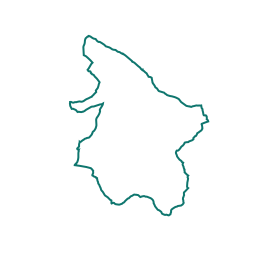 Bazna, Sibiu, Romania, rotated 313°
{"feature_id": "2599482B54084390752294", "entity_name": "Bazna", "entity_type": "district", "adm_level": 2, "iso_a3": "ROU", "parent_name": "Romania", "parent_adm1": "Sibiu", "projection": "robinson", "projection_center": [24.243, 46.214], "detail": "fine", "context": "isolated", "style": "outline", "palette": "teal", "viewbox_px": 256, "rotation_deg": 313, "n_neighbors": 0, "source": "geoboundaries", "source_scale": "gbopen_adm2", "svg_char_len": 5757}
<svg xmlns="http://www.w3.org/2000/svg" viewBox="0 0 256 256"><g transform="rotate(313 128 128)"><path d="M110.9,219.9L111.3,219.7L111.7,218.9L112.6,218.0L113.2,217.2L113.4,216.7L114.4,215.9L115.4,215.6L115.7,215.4L116.6,215.0L117.2,214.8L117.7,214.1L118.7,213.1L119.1,212.9L119.6,212.9L120.3,213.0L125.1,213.0L125.0,212.2L125.1,211.7L125.4,211.2L126.7,210.1L128.7,208.5L129.9,207.8L131.9,206.5L132.2,206.1L132.5,205.3L133.0,204.9L133.6,204.6L134.3,204.5L134.1,203.3L134.2,199.6L135.1,198.9L135.7,197.8L135.9,197.6L136.2,197.6L136.6,196.5L137.0,195.7L137.6,195.0L138.2,193.4L138.6,192.8L139.2,192.4L140.3,192.0L139.9,190.5L140.3,189.6L140.0,187.3L140.4,184.7L140.7,183.3L141.4,182.2L142.2,180.4L142.7,179.8L143.9,179.2L144.8,179.1L145.4,179.9L145.8,180.0L146.7,180.2L148.5,180.1L150.4,179.8L151.0,179.8L152.7,180.1L154.0,180.0L154.7,179.9L155.8,179.5L156.1,179.5L157.4,180.4L158.8,181.7L159.3,181.8L159.9,181.8L162.6,183.2L163.9,183.5L164.5,183.5L165.0,182.8L165.5,182.6L166.8,182.7L167.7,182.6L168.6,183.1L170.0,182.8L171.6,182.2L172.9,182.7L173.5,182.7L176.4,183.3L177.5,183.0L178.2,182.9L178.6,182.3L179.0,182.1L180.4,180.3L181.0,179.2L181.3,179.1L184.3,180.5L187.5,182.2L188.0,181.4L188.2,180.6L188.1,179.6L188.5,179.4L190.1,177.7L190.1,177.2L190.4,176.7L190.2,176.1L189.4,175.4L189.0,174.7L189.5,173.7L190.6,172.3L191.8,170.4L192.6,169.6L192.8,168.4L192.9,168.1L194.4,166.2L194.1,166.0L192.9,164.6L192.1,163.9L191.1,162.6L188.9,161.2L188.0,160.5L186.6,159.9L185.9,158.7L185.9,158.4L185.5,158.1L185.2,157.6L184.0,155.6L183.2,149.2L183.8,145.5L183.6,144.5L183.0,142.5L182.4,141.0L181.1,138.5L180.1,137.0L179.2,135.2L178.7,134.0L178.7,133.6L178.7,133.1L178.4,131.6L178.5,130.4L176.1,125.5L176.1,124.7L176.7,122.2L176.4,120.2L176.6,119.9L176.9,119.2L177.4,117.3L177.6,116.0L177.7,115.9L177.8,115.3L178.0,115.1L178.0,114.9L178.7,114.0L180.9,111.0L180.5,109.6L179.5,108.1L179.8,107.4L180.1,106.0L180.5,104.9L180.7,104.1L180.5,103.1L180.5,99.6L180.2,99.6L180.1,99.4L180.1,99.2L180.7,98.7L180.1,98.2L180.1,96.9L180.3,96.2L180.4,95.5L180.2,93.4L180.1,88.1L179.8,86.9L179.5,86.4L179.4,86.0L179.4,85.6L179.7,85.4L179.7,85.0L179.3,76.8L178.9,73.7L178.6,73.8L178.1,72.2L177.8,70.2L177.6,69.8L176.9,68.7L176.7,67.7L176.6,65.7L175.3,63.9L174.8,62.8L174.7,62.1L174.5,60.6L174.2,59.4L172.9,56.7L172.6,56.1L172.7,53.9L172.2,50.8L171.7,48.6L171.0,48.0L170.6,46.7L170.7,45.1L170.9,44.3L171.0,43.7L170.8,43.3L169.9,41.8L169.5,40.0L169.3,38.1L168.8,37.2L168.7,36.6L168.4,36.3L167.7,36.5L167.1,36.1L166.8,36.0L165.8,36.0L165.3,35.9L164.5,35.9L162.8,36.7L160.9,38.2L159.9,38.8L159.2,39.1L157.7,39.6L156.7,40.2L151.1,46.0L151.8,48.2L151.9,50.3L151.9,53.9L151.6,57.5L149.7,57.5L144.9,58.6L143.0,58.8L143.0,59.1L142.9,59.5L142.6,60.2L142.7,60.6L143.6,61.6L143.7,61.9L143.4,62.7L143.0,63.1L143.1,63.5L142.8,63.8L143.0,64.4L142.9,64.8L142.8,65.1L143.3,66.4L143.4,67.0L143.2,67.4L143.1,68.2L142.9,68.8L143.0,69.6L142.9,70.2L142.9,71.4L142.1,76.0L140.1,76.8L138.6,77.7L136.6,78.6L133.5,78.9L132.6,80.2L129.2,80.1L128.5,80.2L127.0,80.0L126.2,80.2L124.7,79.5L122.9,78.9L120.9,78.0L119.6,77.6L118.0,77.3L116.8,76.9L116.2,76.6L115.3,75.9L114.5,74.6L114.1,74.2L112.4,73.0L111.5,72.5L110.8,71.6L109.8,71.1L109.2,70.7L108.6,69.8L108.3,68.7L108.0,68.3L107.5,67.9L107.1,68.3L106.2,68.9L105.3,70.1L104.8,70.6L103.6,73.8L104.2,74.3L104.6,74.7L105.4,77.0L105.6,77.8L105.3,80.1L105.4,80.4L106.1,80.7L107.7,82.9L108.3,83.4L108.9,83.6L109.4,84.1L110.8,84.6L112.7,84.9L116.8,86.2L118.2,86.6L119.0,87.0L120.4,88.3L126.2,91.5L127.3,92.5L128.1,92.8L128.8,93.0L128.2,93.4L126.9,93.9L125.8,94.1L125.0,94.3L123.2,94.6L122.4,94.9L121.9,95.1L121.5,95.7L121.4,96.0L120.6,96.5L118.8,97.3L116.5,97.9L114.2,98.2L112.9,98.7L112.2,99.2L109.5,102.0L108.5,103.0L107.8,103.5L105.6,104.6L103.2,105.1L102.7,105.1L101.5,104.9L100.7,105.0L100.1,105.4L99.3,105.6L98.7,105.9L97.9,106.0L94.8,106.1L94.2,105.9L92.6,104.7L91.9,104.5L90.9,103.9L90.4,103.7L89.2,103.6L88.1,103.2L87.4,103.1L86.8,103.0L85.8,102.9L85.1,102.5L84.9,102.3L84.9,102.1L84.3,102.6L83.6,102.8L82.1,103.8L81.7,104.3L81.1,104.8L80.6,104.9L79.7,104.8L79.4,104.9L78.9,104.8L78.3,104.9L78.0,105.4L78.2,105.7L78.2,106.3L78.3,106.6L78.6,106.8L78.0,107.0L77.6,107.4L77.6,107.7L76.5,108.3L75.5,109.1L72.6,111.8L71.9,112.3L70.7,113.1L68.6,114.1L67.4,114.2L65.9,114.8L65.6,114.7L65.7,114.2L64.8,114.2L64.5,114.4L67.4,118.5L71.1,124.2L73.2,128.1L73.3,128.4L73.2,128.7L73.3,129.7L73.0,130.8L73.1,131.4L73.0,131.7L72.5,132.0L71.7,132.9L71.2,133.3L69.9,133.7L69.4,133.9L69.0,134.3L69.1,134.6L69.3,135.0L69.2,135.6L69.4,136.4L70.1,138.0L69.7,139.3L69.8,139.7L70.0,139.8L69.7,140.1L69.2,140.9L68.6,141.6L68.1,142.9L67.2,144.0L67.0,144.6L66.9,145.5L65.9,147.6L65.7,148.4L64.4,150.7L64.2,151.8L64.2,152.7L63.7,154.6L63.1,156.6L63.0,157.3L63.3,159.2L63.5,160.6L63.4,161.6L63.4,162.6L63.3,163.9L63.6,164.8L63.7,165.2L63.5,165.5L61.7,167.2L61.6,167.4L61.6,167.5L62.4,167.8L63.3,168.3L63.5,168.5L63.7,168.9L63.6,169.8L63.8,170.8L64.5,171.9L65.8,173.7L66.3,174.1L68.6,175.3L69.8,175.4L70.8,175.8L71.9,175.8L72.7,175.7L75.6,175.9L76.3,176.0L77.1,176.5L79.5,176.6L80.4,176.8L81.3,177.3L83.0,177.7L83.6,178.0L84.1,178.8L84.6,179.3L85.8,181.1L85.9,181.8L85.9,184.1L87.5,184.9L88.7,185.8L89.3,186.4L89.8,187.7L90.3,188.2L90.8,189.0L91.7,191.4L92.1,192.3L92.3,193.5L92.3,194.8L92.2,195.5L91.8,196.5L91.1,197.5L90.5,198.0L89.9,199.7L89.2,201.2L89.0,202.3L88.5,205.5L89.1,207.1L89.2,207.9L89.3,209.1L89.3,209.6L88.6,211.2L88.7,211.7L89.0,212.8L89.7,214.4L90.8,215.2L91.4,216.4L91.5,216.7L91.6,217.0L91.9,217.3L92.1,217.5L93.1,217.6L93.7,217.9L94.0,217.8L94.6,217.4L95.8,216.9L96.1,216.7L96.7,216.0L97.1,215.8L97.8,215.5L98.3,215.5L99.9,215.8L101.9,216.3L102.9,216.7L103.9,217.4L105.0,217.7L107.5,219.7L109.4,220.1L110.9,219.9Z" fill="none" stroke="#0f766e" stroke-width="2"/></g></svg>